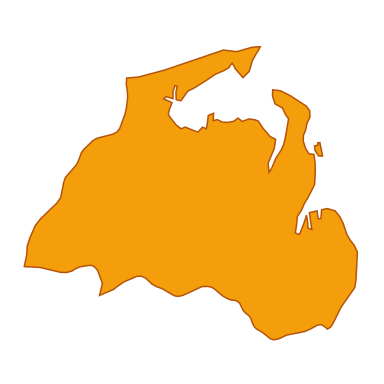 SVG path tracing the border of Aichi, rotated 181°
{"feature_id": "JPN-1840", "entity_name": "Aichi", "entity_type": "Prefecture", "adm_level": 1, "iso_a3": "JPN", "parent_name": "Japan", "parent_adm1": "", "projection": "natural_earth1", "projection_center": [137.132, 34.981], "detail": "fine", "context": "isolated", "style": "filled", "palette": "amber", "viewbox_px": 384, "rotation_deg": 181, "n_neighbors": 0, "source": "natural_earth", "source_scale": "10m", "svg_char_len": 2629}
<svg xmlns="http://www.w3.org/2000/svg" viewBox="0 0 384 384"><g transform="rotate(181 192 192)"><path d="M259.3,304.8L247.5,306.0L221.6,313.4L163.0,334.5L149.7,333.1L134.7,337.7L130.8,338.1L126.3,338.4L128.5,334.0L130.2,331.4L134.0,324.3L136.9,313.6L143.0,307.2L151.3,316.4L152.3,319.0L154.2,321.4L156.5,318.4L157.2,317.0L161.9,314.1L166.6,312.0L170.9,310.0L179.7,303.8L192.5,295.5L198.0,292.8L204.7,283.0L209.4,284.0L209.8,291.8L208.6,297.5L210.9,298.1L212.8,291.9L212.6,285.0L219.5,286.9L221.9,284.6L213.5,281.0L216.0,274.2L217.0,270.0L216.2,267.6L209.3,259.0L204.0,255.0L200.0,256.8L193.9,254.4L187.1,252.0L182.7,257.0L178.8,255.4L177.7,262.1L177.1,268.8L171.8,271.1L172.0,263.7L167.9,264.8L162.9,262.4L157.3,262.2L151.4,263.5L147.3,266.7L142.9,263.4L136.3,266.1L130.0,265.2L126.9,264.0L122.2,257.1L120.3,255.0L114.7,248.7L109.3,246.2L110.5,236.9L116.4,222.2L115.3,212.8L112.6,217.4L108.8,227.1L103.4,235.8L101.2,241.1L99.7,247.7L96.7,266.7L99.9,271.2L103.1,277.6L110.5,281.6L113.2,289.4L113.1,295.6L105.4,294.8L96.0,290.3L85.6,283.9L79.1,279.8L75.8,275.2L75.3,269.2L78.3,262.4L79.4,256.2L81.7,250.1L81.6,244.7L79.2,237.4L75.5,232.1L70.8,231.8L69.4,223.2L69.1,214.5L69.3,207.7L69.6,201.6L72.5,195.4L75.6,189.1L79.5,182.3L82.1,175.9L86.2,169.3L87.1,159.4L88.0,152.8L83.9,151.3L79.5,162.8L77.1,170.9L75.7,163.2L75.5,158.0L71.6,156.6L74.3,173.4L66.6,175.3L65.4,167.5L62.6,167.6L62.1,176.5L56.4,177.8L48.6,175.7L43.9,170.1L40.5,163.7L36.3,152.0L32.8,146.4L28.7,141.2L25.6,134.8L26.5,106.9L27.6,99.3L41.0,79.4L49.1,62.2L51.4,59.0L54.2,57.3L56.0,59.0L59.9,61.4L62.1,61.5L64.6,60.9L71.3,57.0L77.2,54.4L95.1,50.5L101.8,47.1L103.9,46.5L107.8,45.6L111.3,46.8L119.4,53.0L125.5,56.4L127.7,58.9L129.3,62.0L131.1,66.8L132.2,68.5L133.7,69.9L136.5,72.0L138.9,74.7L142.4,81.7L144.8,83.5L147.1,84.3L151.7,84.9L155.3,86.3L159.1,88.3L168.4,95.9L171.2,97.2L174.6,97.9L180.3,97.6L199.2,88.5L203.8,87.4L207.8,87.9L220.2,94.8L226.1,96.9L230.3,99.1L236.8,105.0L241.2,107.0L245.7,106.7L258.7,100.8L265.7,95.8L268.6,93.3L282.6,87.0L280.0,99.0L284.9,111.8L287.8,115.1L290.7,116.9L294.5,116.7L302.9,115.2L306.7,113.4L310.8,110.8L316.3,109.3L322.1,109.4L342.5,113.9L358.4,114.5L356.2,126.2L355.7,135.6L353.0,144.0L348.1,155.7L343.2,162.3L326.8,178.7L323.1,184.3L320.5,199.2L318.8,204.4L307.9,217.3L305.5,222.8L303.4,229.1L300.9,232.8L292.0,241.6L289.9,243.0L287.5,244.2L272.3,248.4L268.0,250.7L265.3,254.4L260.4,268.5L259.0,275.2L258.0,285.1L258.4,291.8L259.3,296.7L259.6,299.0L259.3,304.8L259.3,304.8ZM62.1,230.2L65.9,230.2L69.6,235.4L70.3,240.1L67.0,241.1L67.1,243.4L65.0,243.7L62.1,230.2Z" fill="#f59e0b" stroke="#b45309" stroke-width="1.5"/></g></svg>